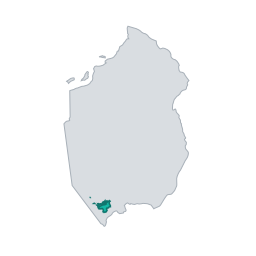 Muleba, Kagera, United Republic of Tanzania (highlighted), rotated 233°
{"feature_id": "72390352B90711717616381", "entity_name": "Muleba", "entity_type": "district", "adm_level": 2, "iso_a3": "TZA", "parent_name": "United Republic of Tanzania", "parent_adm1": "Kagera", "projection": "orthographic", "projection_center": [31.752, -1.923], "detail": "fine", "context": "in_parent", "style": "filled", "palette": "teal", "viewbox_px": 256, "rotation_deg": 233, "n_neighbors": 0, "source": "geoboundaries", "source_scale": "gbopen_adm2", "svg_char_len": 7036}
<svg xmlns="http://www.w3.org/2000/svg" viewBox="0 0 256 256"><g transform="rotate(233 128 128)"><path d="M99.7,173.3L97.3,172.0L95.2,171.3L93.4,170.4L92.6,169.6L90.9,169.3L89.5,169.1L88.1,168.4L85.4,168.1L85.1,167.6L85.1,166.4L84.6,166.1L83.6,165.9L82.5,165.9L81.8,166.0L81.5,166.0L80.6,165.3L79.7,164.4L79.4,163.1L78.2,162.2L76.7,161.5L72.7,161.6L72.1,161.4L71.1,160.7L70.0,159.5L69.1,158.2L68.3,156.5L67.5,154.1L62.8,144.6L62.3,142.8L61.4,140.8L59.9,138.3L58.4,136.5L56.2,134.9L53.8,133.2L52.5,132.1L50.0,127.6L49.5,125.5L49.1,123.4L49.2,122.5L50.8,119.7L50.9,118.9L50.7,117.8L50.0,115.6L49.0,112.9L47.0,107.9L46.7,106.7L46.7,105.7L47.9,100.7L47.9,100.0L52.5,100.1L55.9,97.9L58.8,94.6L59.4,93.2L60.6,91.1L61.8,90.1L62.3,89.3L63.0,87.2L64.5,85.8L66.0,84.7L65.7,83.9L65.9,83.6L66.8,83.1L68.4,82.6L68.7,81.5L68.7,80.2L68.4,79.5L68.5,78.7L68.2,78.3L67.2,78.2L65.6,77.5L64.3,77.3L63.4,76.9L63.1,76.6L62.9,75.9L63.6,74.0L62.9,73.2L64.5,70.0L64.8,69.6L65.4,69.5L66.4,69.2L67.2,69.0L67.9,69.2L68.5,69.0L68.9,68.7L69.3,67.6L69.6,65.8L69.4,64.3L68.8,63.2L68.6,61.4L68.9,59.1L68.7,57.2L67.9,55.6L67.2,54.7L66.0,54.3L64.1,51.9L63.6,50.7L63.7,50.0L64.3,49.7L65.5,49.8L66.6,49.6L67.6,48.9L68.6,48.7L69.1,48.8L115.7,48.8L169.8,79.3L170.0,79.7L170.4,82.3L170.3,83.2L169.5,84.7L169.2,85.5L169.2,86.0L169.4,86.2L170.1,86.3L170.7,86.7L171.0,86.9L171.4,88.1L172.0,88.7L192.4,103.6L192.8,103.8L192.5,105.1L191.3,108.1L191.2,109.4L190.8,110.8L190.3,111.8L189.1,116.1L188.1,117.7L186.7,121.4L186.5,124.2L187.2,126.2L187.4,128.1L189.0,129.9L190.2,130.6L191.1,131.4L192.5,133.4L193.4,135.3L196.1,136.2L197.1,138.4L196.7,139.9L195.4,141.1L194.2,143.1L193.2,145.7L193.1,149.7L193.8,149.1L195.2,150.0L195.3,153.0L193.8,156.4L193.3,158.0L193.2,159.3L194.2,163.4L195.7,165.5L195.6,166.2L195.2,166.7L197.9,170.4L197.6,173.6L198.5,176.1L198.9,178.2L199.6,179.9L199.7,181.0L198.8,182.3L200.8,182.6L202.0,183.7L202.5,184.6L203.9,184.6L204.7,185.3L205.8,185.9L208.3,187.5L208.9,188.4L209.3,189.2L202.3,194.4L199.8,195.7L198.0,196.3L196.1,196.6L194.3,197.4L192.6,198.7L190.4,199.4L187.7,199.4L184.9,200.3L180.5,202.9L177.9,201.4L176.0,201.0L173.6,201.0L172.2,201.2L171.7,201.5L171.3,202.4L170.9,203.9L169.3,205.3L166.6,206.7L164.2,207.2L162.0,206.9L160.5,206.3L159.7,205.5L158.5,205.1L157.0,205.2L155.5,205.7L154.1,206.8L151.8,207.3L148.7,207.1L147.1,206.6L146.9,205.7L145.5,204.6L143.1,203.4L141.2,203.4L140.1,204.6L139.0,205.3L138.0,205.6L137.1,205.6L135.9,205.3L132.5,205.2L129.2,205.2L128.9,203.5L128.3,202.5L127.7,201.9L126.6,201.7L126.3,201.3L125.9,200.2L125.4,199.3L124.6,198.6L124.2,197.9L124.1,197.3L124.2,196.6L124.9,194.9L125.1,193.7L125.0,192.5L124.7,191.2L123.9,189.8L124.0,189.3L123.8,188.3L123.7,187.6L123.9,186.7L123.8,185.6L123.1,183.1L123.1,182.5L122.4,181.3L120.3,178.5L120.2,178.1L116.8,175.2L115.5,174.6L115.0,175.1L114.8,175.6L114.9,176.6L114.8,177.0L114.7,177.2L113.9,177.2L113.4,177.1L112.1,176.3L111.1,176.1L108.6,176.3L107.7,176.4L107.0,176.3L105.7,174.9L104.2,174.7L102.8,174.6L100.5,173.1L99.7,173.3ZM196.6,125.8L197.6,129.0L197.5,129.6L196.7,129.9L196.3,129.9L195.8,129.4L195.5,128.4L194.9,128.6L193.9,127.4L192.8,127.3L192.0,125.8L192.3,124.4L192.2,122.2L193.3,121.0L193.9,119.1L194.6,120.4L194.7,122.5L195.7,124.9L196.6,125.8ZM202.2,107.0L202.3,107.8L202.1,108.5L202.1,110.7L202.0,112.2L201.1,114.3L200.4,115.0L199.8,114.8L199.3,114.5L198.9,113.9L199.8,110.1L199.4,107.3L201.0,107.6L202.2,107.0ZM199.3,152.5L198.5,152.7L198.2,152.5L197.7,151.9L198.5,151.3L199.4,150.3L201.3,148.8L202.2,147.7L202.0,148.8L200.9,151.4L200.0,151.5L199.3,152.5Z" fill="#d9dde1" stroke="#a8b0b8" stroke-width="1"/><path d="M81.3,68.6L81.4,68.2L81.3,67.9L81.2,67.3L81.4,67.2L81.5,66.9L81.4,66.6L81.5,66.6L81.7,66.4L81.6,66.5L81.6,66.4L81.6,66.1L81.7,65.9L81.8,65.8L81.8,65.7L81.5,65.5L81.4,65.4L81.5,65.4L81.7,65.0L81.8,64.9L81.8,64.7L81.8,64.8L81.7,64.7L81.7,64.3L81.8,64.2L81.9,63.9L82.0,63.8L81.9,63.7L81.9,63.8L81.8,63.7L81.7,63.8L81.5,64.1L81.4,64.2L81.3,64.3L81.1,64.3L81.0,64.2L80.9,64.2L80.8,64.3L80.8,64.5L80.7,64.9L80.4,64.9L80.5,64.6L80.7,64.4L80.5,64.2L80.5,63.8L80.5,63.6L80.6,63.4L80.7,63.2L80.9,62.9L81.0,62.9L81.2,62.6L81.3,62.4L81.6,62.2L81.7,61.9L81.6,61.7L81.8,61.5L81.8,61.3L81.8,61.2L81.8,60.7L81.9,60.4L81.9,60.2L82.1,60.0L82.2,59.5L82.2,59.2L82.2,58.9L82.3,58.9L82.2,58.4L82.5,58.3L82.4,58.2L82.5,58.1L82.6,57.9L82.6,57.6L82.6,57.4L82.5,57.2L82.6,56.5L82.6,56.4L82.2,56.4L81.8,56.1L81.4,56.1L81.4,56.3L81.5,56.3L81.4,56.3L81.3,56.5L81.2,56.7L80.9,56.6L80.7,56.5L80.6,56.8L80.4,57.1L80.2,57.1L80.2,57.3L80.0,57.5L79.7,57.7L79.5,57.9L79.5,58.0L79.4,58.3L79.5,58.4L79.4,58.5L79.3,58.9L79.1,59.0L78.9,59.2L78.3,59.1L77.9,59.1L77.6,58.9L77.1,58.8L76.9,58.6L76.3,57.7L76.1,57.6L75.7,57.8L75.4,58.1L75.2,58.1L75.3,58.4L75.1,58.5L74.9,58.6L74.8,58.8L74.7,58.9L74.6,59.2L74.5,59.5L74.4,59.5L74.4,59.8L74.2,60.1L74.3,60.2L74.3,60.6L74.7,61.0L74.7,61.4L74.7,61.6L74.9,61.7L75.1,61.7L76.2,62.2L76.5,62.3L76.8,62.7L76.8,62.9L76.7,63.0L76.4,63.6L76.2,63.7L76.3,63.9L76.2,64.3L76.0,64.7L76.1,64.8L76.2,65.0L76.3,65.4L76.3,65.5L76.4,65.8L76.3,66.0L76.2,66.1L76.3,66.1L76.3,66.3L76.5,66.4L76.4,66.4L76.2,66.4L76.0,66.5L76.0,66.8L76.6,67.2L76.9,67.3L77.2,67.3L77.8,67.4L78.1,67.3L78.4,67.6L79.1,67.6L80.5,69.0L80.5,69.6L81.2,69.4L81.1,69.2L80.9,69.2L81.0,69.1L81.2,68.6L81.3,68.5L81.3,68.6ZM84.7,57.9L84.6,57.7L84.6,57.8L84.2,57.9L84.2,58.1L84.4,58.3L84.2,58.4L84.2,58.5L84.5,58.5L84.2,58.8L84.4,59.0L84.1,59.0L84.3,59.3L84.3,59.5L84.2,59.7L84.1,59.8L84.1,60.0L84.2,59.9L84.3,59.7L84.4,59.3L84.4,59.2L84.7,59.0L84.7,58.8L84.8,58.8L84.9,58.6L84.9,58.3L84.7,58.3L84.7,58.0L84.8,58.0L84.8,57.9L84.7,57.9ZM82.9,65.5L82.7,65.4L82.7,65.0L82.8,64.9L82.7,64.7L82.7,64.9L82.5,65.4L82.5,65.5L82.6,65.9L82.8,65.9L83.0,65.9L83.0,66.0L83.2,65.9L83.3,65.9L83.5,65.7L83.7,65.8L83.6,65.5L83.6,65.4L83.4,65.7L83.0,65.5L82.9,65.5ZM83.9,60.5L84.0,60.1L83.8,60.0L83.7,60.1L83.8,60.2L83.8,60.3L83.7,60.4L83.7,60.5L83.5,60.8L83.4,60.9L83.5,61.1L83.7,60.9L83.7,60.6L83.8,60.6L83.9,60.5ZM83.7,63.0L83.7,62.9L83.4,63.0L83.6,63.2L83.8,63.3L83.8,63.2L83.7,63.0ZM88.3,55.5L88.3,55.3L87.9,55.8L87.8,56.0L88.0,56.0L88.1,55.8L88.2,55.6L88.3,55.5ZM83.2,63.7L83.0,63.9L83.0,64.0L83.2,63.9L83.3,63.7L83.2,63.7ZM83.1,63.2L82.9,63.2L82.9,63.4L83.1,63.4L83.2,63.5L83.4,63.4L83.2,63.3L83.1,63.2ZM84.9,58.0L85.0,58.2L85.0,58.3L85.2,58.5L85.3,58.5L85.3,58.4L85.0,58.1L84.9,58.0ZM84.1,57.3L84.1,57.5L84.3,57.6L84.4,57.4L84.2,57.4L84.1,57.3ZM84.9,56.7L84.8,56.8L84.7,56.9L84.8,57.0L84.9,56.8L85.0,56.7L84.9,56.7ZM83.1,62.7L83.1,62.9L83.1,62.7ZM81.8,67.8L81.9,67.7L81.7,67.7L81.6,67.8L81.8,67.8ZM82.9,64.0L82.9,63.8L82.7,64.0L82.8,64.0L82.9,64.0ZM83.0,62.9L82.9,62.9L82.9,63.1L83.0,63.1L83.0,62.9ZM95.4,55.8L95.4,55.6L95.3,55.8L95.4,55.8ZM82.3,66.3L82.2,66.3L82.4,66.5L82.4,66.4L82.3,66.3ZM82.8,63.5L82.7,63.6L82.8,63.7L82.8,63.5ZM86.0,56.3L86.2,56.2L86.0,56.3L86.0,56.3ZM82.9,64.4L83.1,64.2L83.0,64.3L82.9,64.3L82.9,64.4ZM83.3,63.6L83.2,63.6L83.3,63.6ZM83.2,61.2L83.3,61.1L83.2,61.1L83.2,61.2ZM85.4,58.6L85.5,58.5L85.4,58.5L85.4,58.6Z" fill="#14b8a6" stroke="#0f766e" stroke-width="1.5"/></g></svg>